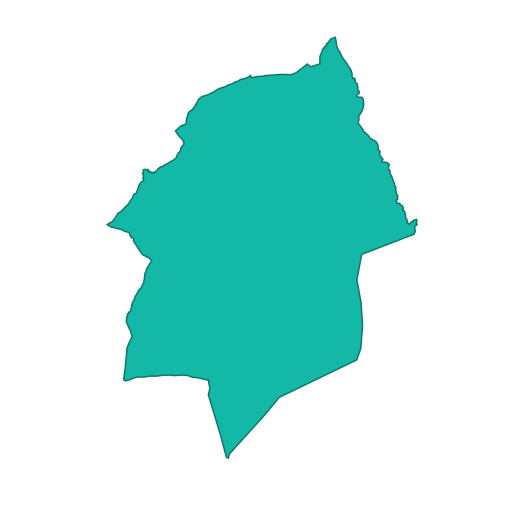 Rømskog nor, Østfold, Norway, rotated 342°
{"feature_id": "86288312B9110433923998", "entity_name": "Rømskog nor", "entity_type": "district", "adm_level": 2, "iso_a3": "NOR", "parent_name": "Norway", "parent_adm1": "Østfold", "projection": "mercator", "projection_center": [11.789, 59.707], "detail": "fine", "context": "isolated", "style": "filled", "palette": "teal", "viewbox_px": 512, "rotation_deg": 342, "n_neighbors": 0, "source": "geoboundaries", "source_scale": "gbopen_adm2", "svg_char_len": 6080}
<svg xmlns="http://www.w3.org/2000/svg" viewBox="0 0 512 512"><g transform="rotate(342 256 256)"><path d="M398.9,72.4L396.1,72.7L394.4,72.6L393.9,72.8L390.3,75.6L389.7,75.9L389.5,75.6L389.1,75.8L388.5,76.5L388.3,77.2L386.6,77.9L383.5,79.9L378.4,86.1L376.1,93.0L366.6,93.0L364.1,89.3L350.7,94.2L345.0,94.4L342.1,93.2L335.8,91.0L321.9,87.6L317.2,86.9L314.8,86.2L312.8,85.9L311.2,85.5L307.1,85.3L306.3,82.5L304.9,83.4L302.6,83.5L300.5,83.8L296.0,83.3L292.5,84.2L290.4,84.1L288.3,84.3L286.8,84.9L282.0,84.8L280.8,85.2L277.7,85.5L273.2,85.4L270.5,85.8L267.8,86.4L266.5,86.9L260.7,87.7L255.7,87.8L254.0,87.6L250.6,88.9L249.3,89.6L248.5,91.0L246.8,92.1L245.0,93.9L241.7,96.4L239.8,97.7L238.9,97.3L238.0,98.0L236.7,98.4L236.0,99.1L235.6,99.4L235.0,100.0L234.9,100.7L234.6,101.4L232.6,103.6L230.6,108.0L228.7,109.3L228.3,109.2L227.4,109.5L226.9,108.9L226.6,108.7L225.9,109.5L225.7,109.7L224.8,109.1L218.0,112.2L219.8,118.3L220.7,119.8L220.9,120.6L221.4,121.3L222.2,123.2L222.3,123.9L222.2,124.3L222.7,124.8L222.6,125.2L222.7,126.0L222.2,126.3L221.8,127.2L220.9,128.1L218.0,129.9L217.0,132.2L216.1,133.0L214.5,134.0L213.6,134.2L213.2,134.5L212.0,135.9L211.1,137.4L208.6,138.9L207.7,139.1L196.8,141.4L196.0,141.4L195.0,142.0L194.3,141.8L193.7,142.1L192.7,141.8L191.9,142.2L189.9,142.7L188.6,143.8L185.0,145.4L184.7,145.3L185.0,145.0L184.7,144.6L183.5,144.7L183.0,145.2L182.7,145.0L182.1,144.5L182.1,143.9L181.9,143.7L181.7,142.9L180.6,142.5L179.6,142.7L179.4,142.4L179.4,142.0L179.8,141.7L180.2,140.9L179.8,140.5L179.7,140.2L178.2,139.9L177.4,139.3L176.5,139.3L175.8,139.1L175.6,139.2L173.6,143.1L173.8,143.5L173.6,144.5L173.7,145.0L173.7,145.5L172.8,146.4L172.9,147.1L172.6,147.4L172.4,148.0L172.7,148.5L172.7,148.8L172.1,149.4L172.1,149.6L169.8,150.1L166.4,152.6L165.8,153.8L161.5,159.3L158.6,159.6L157.8,161.0L157.1,161.9L150.1,167.5L145.1,169.9L141.7,171.8L137.9,172.8L132.4,177.3L130.0,178.9L127.0,179.4L125.4,179.9L124.2,180.0L125.1,181.4L127.2,183.6L134.6,188.3L135.8,188.9L136.7,189.7L138.6,191.8L142.6,194.5L142.7,198.4L143.3,200.1L145.0,201.3L145.0,201.9L144.5,202.7L144.2,203.7L144.3,204.7L148.1,218.7L148.5,219.6L153.3,224.5L155.1,227.1L155.3,228.1L153.4,230.0L152.6,230.5L149.8,233.0L148.6,233.7L148.3,234.3L146.5,236.8L144.9,238.4L142.4,244.0L140.3,247.6L139.1,248.2L138.2,249.5L137.4,250.0L136.8,250.8L134.4,252.1L133.0,253.1L132.4,253.8L132.2,254.4L131.4,254.7L128.6,257.2L126.8,259.7L123.6,262.8L122.6,264.5L122.0,265.9L121.5,266.5L120.8,267.9L120.3,268.6L119.1,270.0L117.7,270.1L117.2,270.6L117.1,271.1L116.6,271.2L116.4,271.5L116.2,271.4L115.9,271.5L116.0,271.8L115.5,272.3L115.2,273.2L114.6,273.7L113.8,275.1L113.4,275.5L113.4,275.8L113.0,277.1L112.6,277.5L112.4,278.1L112.4,279.1L113.2,287.3L113.6,288.1L113.3,289.3L113.3,289.8L113.3,290.8L113.4,291.3L113.3,291.7L113.5,292.3L113.3,292.6L113.4,294.3L110.4,297.2L105.0,303.5L104.0,305.5L101.6,311.8L100.6,313.7L97.8,320.4L91.9,332.8L93.1,334.4L96.2,334.5L98.1,334.7L103.4,334.2L105.1,334.5L107.7,335.0L112.0,336.5L117.4,337.3L125.0,339.7L129.8,340.5L137.0,342.5L141.0,344.4L149.1,346.5L152.5,347.9L155.2,349.3L157.5,351.3L159.0,352.2L162.1,353.3L166.0,355.5L171.4,358.9L172.3,358.9L171.1,368.0L170.6,368.6L167.8,373.3L166.9,415.9L166.6,420.1L166.5,424.1L165.6,438.5L167.3,439.6L169.6,436.0L214.9,410.0L234.4,397.6L319.8,385.9L327.2,376.1L336.0,354.6L341.5,332.7L344.6,309.9L357.0,287.1L413.2,284.1L415.4,281.2L415.4,279.4L415.8,277.8L416.3,276.8L416.8,276.4L417.8,276.2L418.3,276.3L418.8,276.0L418.6,275.4L418.6,275.1L418.9,274.5L419.1,273.6L420.0,271.8L420.1,271.1L419.5,270.6L418.0,270.8L417.0,270.6L416.0,271.6L414.9,271.4L414.5,271.4L412.6,272.9L411.5,273.0L411.3,272.8L411.2,272.3L410.6,271.2L410.2,271.3L410.1,271.1L410.6,270.0L410.6,269.1L410.9,268.3L410.3,267.1L410.1,266.1L410.4,265.0L410.4,264.7L411.0,262.6L411.1,260.6L410.8,259.0L410.4,258.2L409.7,257.6L409.7,257.1L409.9,256.9L410.6,256.7L410.7,256.1L410.9,255.6L410.9,254.8L410.5,253.9L410.6,253.1L410.0,252.8L408.9,251.7L408.8,251.2L409.1,250.8L409.1,250.6L406.2,249.1L406.7,247.1L406.6,246.3L407.2,245.8L408.1,245.9L408.5,245.0L408.7,243.8L409.0,243.4L409.3,243.3L409.3,242.5L409.3,241.9L409.0,241.5L408.9,240.0L409.2,238.3L409.2,236.5L409.6,235.2L410.2,234.6L410.1,233.4L409.9,232.9L409.8,230.3L409.9,228.4L409.8,227.6L409.6,227.0L409.7,226.6L409.8,225.6L409.6,224.7L409.8,223.7L409.4,220.9L409.2,218.7L409.5,217.2L409.8,216.0L409.4,215.9L409.2,215.5L409.2,215.2L409.0,213.5L409.1,212.9L409.4,212.4L410.5,211.2L410.8,210.7L410.9,210.1L410.8,209.6L410.6,209.1L410.0,208.3L408.6,207.1L407.4,206.4L406.9,206.5L405.1,205.7L405.0,205.3L405.2,204.8L406.2,203.7L406.6,203.1L406.6,202.8L406.0,202.2L405.7,201.1L405.5,200.0L405.5,199.6L404.9,197.7L405.1,196.5L405.9,195.9L406.3,194.9L406.2,194.6L405.5,193.8L405.2,193.0L404.8,192.6L404.7,192.2L405.4,191.6L405.8,190.5L406.0,190.0L406.0,189.5L406.3,188.0L406.2,187.4L406.2,186.8L405.7,185.7L405.6,184.6L404.4,183.1L404.2,182.5L403.5,182.0L402.9,181.3L401.4,180.0L400.6,178.0L400.2,176.3L399.5,175.1L398.9,174.3L397.8,172.1L397.2,171.5L396.7,169.9L396.8,168.6L396.6,168.3L394.5,162.1L394.5,161.3L394.6,160.5L394.9,159.8L396.0,158.2L396.3,157.6L396.6,155.8L396.8,155.2L397.1,154.6L400.5,152.0L401.7,150.8L402.7,149.5L404.5,146.7L405.2,145.1L405.7,143.5L406.1,141.9L406.3,139.5L406.3,139.0L405.8,138.0L405.3,137.6L403.0,136.9L402.2,136.4L401.6,135.8L401.3,135.4L401.3,135.0L401.4,134.5L401.9,133.8L403.7,133.5L404.2,133.2L404.8,132.3L404.9,131.7L404.8,130.7L404.1,130.1L404.4,129.3L404.4,128.5L404.7,127.8L405.1,127.3L405.0,126.1L405.3,124.6L405.4,123.3L404.3,122.0L404.2,121.6L404.4,120.4L404.6,119.9L404.9,118.2L404.8,117.7L404.5,117.4L403.2,117.5L403.0,116.7L403.0,116.1L403.1,115.8L402.9,114.9L403.0,114.4L403.0,114.0L403.4,113.2L403.7,112.3L403.8,111.3L403.7,109.9L403.5,109.6L403.9,109.2L403.5,108.5L403.7,108.1L403.3,106.1L402.9,105.5L402.3,103.7L402.1,101.4L401.2,99.2L401.2,98.7L400.8,97.6L399.9,95.7L399.9,94.7L399.7,93.9L399.6,93.5L399.3,93.5L399.0,90.0L398.6,87.5L397.9,84.6L397.7,83.3L397.6,81.9L397.7,80.5L398.6,76.3L398.8,74.4L398.9,72.4Z" fill="#14b8a6" stroke="#0f766e" stroke-width="1.5"/></g></svg>